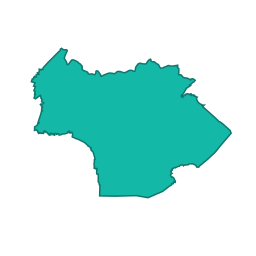 outline of Yurécuaro, Michoacán, Mexico, rotated 9°
{"feature_id": "50627088B45879442922010", "entity_name": "Yurécuaro", "entity_type": "district", "adm_level": 2, "iso_a3": "MEX", "parent_name": "Mexico", "parent_adm1": "Michoacán", "projection": "robinson", "projection_center": [-102.23, 20.294], "detail": "fine", "context": "isolated", "style": "filled", "palette": "teal", "viewbox_px": 256, "rotation_deg": 9, "n_neighbors": 0, "source": "geoboundaries", "source_scale": "gbopen_adm2", "svg_char_len": 5598}
<svg xmlns="http://www.w3.org/2000/svg" viewBox="0 0 256 256"><g transform="rotate(9 128 128)"><path d="M50.0,59.7L49.8,60.0L48.9,60.5L48.9,61.3L48.9,61.9L47.8,63.3L38.8,75.7L34.7,81.9L34.8,83.4L33.1,83.6L33.1,84.3L31.1,83.8L31.6,86.5L29.9,87.7L31.5,88.8L29.0,89.6L29.1,92.0L27.6,91.7L27.7,92.5L26.9,92.8L26.8,94.4L25.8,94.6L25.3,97.4L29.1,97.9L28.2,101.4L30.0,101.6L29.7,103.3L29.6,104.0L29.2,105.9L30.6,106.2L30.3,108.0L30.7,108.2L30.8,108.4L30.5,109.7L31.1,109.7L30.8,111.9L30.7,111.9L30.5,113.1L32.1,113.7L36.1,109.6L36.5,109.5L37.5,112.4L37.8,112.4L38.0,112.9L38.7,113.2L38.5,115.5L40.9,116.5L39.5,118.3L38.6,117.7L37.8,118.4L38.8,119.3L38.8,119.7L40.4,120.6L40.3,121.5L39.8,121.4L39.7,121.6L39.8,123.4L39.9,123.7L39.9,124.4L40.0,125.0L40.5,124.9L39.9,125.7L39.6,128.5L38.3,136.4L39.3,136.6L39.3,136.9L39.2,137.3L38.3,137.1L37.8,139.7L35.6,141.5L36.0,145.0L38.2,144.0L38.6,144.8L39.3,145.7L39.7,146.0L39.8,146.5L40.0,146.5L40.5,146.3L40.7,146.6L40.6,147.2L40.7,147.3L40.8,147.2L41.0,146.6L41.5,146.9L41.9,147.0L42.5,146.6L43.2,146.9L43.7,146.7L43.8,146.3L44.2,146.3L44.8,146.7L45.3,146.7L45.5,146.5L45.4,146.3L45.6,145.4L45.3,144.8L46.1,143.8L46.5,143.8L46.6,144.5L46.9,144.8L47.4,144.6L47.8,144.7L48.0,145.2L48.5,145.0L48.9,145.4L49.5,145.7L49.9,146.3L50.5,146.4L50.8,146.9L51.0,146.7L51.5,146.6L51.7,147.2L52.0,147.3L52.2,147.1L51.9,146.0L52.1,145.7L52.5,146.0L53.1,145.1L53.7,145.3L54.1,146.3L54.4,145.8L55.0,145.9L55.3,145.4L55.6,145.4L55.9,145.8L56.1,146.6L56.6,146.6L56.8,146.4L56.7,146.2L56.4,146.2L56.4,145.9L56.7,144.9L57.1,144.8L58.1,145.1L58.4,145.5L58.6,145.4L58.6,144.8L59.3,144.5L59.7,144.6L60.1,145.4L60.1,145.0L60.7,144.8L61.0,145.6L61.2,145.4L61.7,145.6L63.1,145.0L64.3,144.1L64.9,143.8L65.6,144.0L68.7,142.7L69.4,141.1L70.0,140.3L70.3,140.2L70.8,140.4L70.5,141.8L71.9,142.0L73.2,140.9L74.0,142.4L74.4,143.0L74.2,145.2L74.3,145.4L74.5,145.6L76.3,146.0L78.4,146.7L79.9,146.8L81.0,147.1L87.0,149.0L91.3,151.6L91.2,151.9L94.5,153.3L94.2,154.0L94.2,154.3L94.4,154.5L95.0,154.7L95.1,155.0L94.9,155.3L95.0,155.6L95.3,155.9L95.8,156.0L96.4,156.8L97.3,157.1L100.4,163.9L99.8,164.2L99.7,164.6L100.2,167.3L99.9,168.2L100.3,169.2L100.4,170.5L100.6,170.8L101.0,171.2L100.7,172.6L100.8,173.0L102.4,173.4L102.7,172.9L102.9,173.0L103.2,172.9L103.7,173.1L104.0,173.5L103.7,174.3L103.8,175.4L104.0,177.0L104.3,178.2L104.6,178.4L105.8,178.3L106.3,181.0L107.0,185.7L107.3,186.2L107.7,186.3L108.7,188.8L109.2,188.7L110.6,199.5L126.2,197.3L146.7,193.5L158.7,193.7L172.2,185.1L177.1,179.9L178.8,178.2L180.0,177.3L179.9,176.2L180.7,176.2L181.4,175.9L181.5,174.2L182.0,174.5L183.1,174.4L183.1,173.0L182.1,171.9L181.2,170.5L180.9,170.4L180.6,170.0L179.7,169.4L179.0,169.7L178.7,169.7L178.0,168.7L177.2,167.8L177.3,167.6L177.3,167.2L178.6,166.0L178.1,165.8L177.4,164.5L177.4,164.3L176.9,163.9L178.4,162.5L177.8,161.7L178.7,160.9L179.0,160.9L179.3,160.4L179.7,160.0L180.5,160.1L180.8,160.0L183.0,158.4L184.7,157.7L185.0,157.3L185.2,156.6L185.7,156.4L186.2,156.4L187.0,156.0L187.8,156.0L188.2,156.1L188.6,156.6L188.9,156.0L190.7,155.6L191.8,155.1L192.8,155.0L193.3,154.9L194.0,154.0L194.4,153.8L194.9,153.6L196.4,153.5L197.6,153.2L197.7,153.3L199.9,153.9L201.0,154.5L201.9,155.7L202.2,155.9L204.0,155.6L204.6,154.3L211.5,146.5L214.7,142.3L217.2,139.3L219.0,136.5L222.2,130.8L230.7,117.0L229.3,114.5L220.8,109.0L218.1,107.6L217.1,107.5L216.5,107.1L212.2,104.1L198.4,95.2L199.6,93.5L197.8,93.9L197.2,93.8L197.2,93.3L196.5,93.3L195.9,93.1L193.8,92.0L192.8,91.2L191.8,89.7L191.1,88.2L190.9,87.5L191.5,86.7L189.6,86.3L188.9,85.6L188.7,86.2L187.5,86.1L187.8,86.0L187.8,85.3L187.0,85.0L185.7,86.0L184.9,84.3L184.4,84.5L184.0,84.7L183.8,85.5L183.0,85.2L181.5,84.8L180.7,85.3L180.1,85.3L179.8,86.0L179.3,86.0L179.4,86.4L178.6,87.0L178.1,87.4L177.1,89.2L176.3,88.6L176.1,88.7L175.9,89.3L175.6,87.4L176.1,86.6L176.6,87.0L179.6,79.6L179.0,80.1L179.4,79.5L180.7,78.6L183.8,75.6L181.5,76.5L184.0,74.2L184.4,73.3L184.7,73.0L185.1,72.8L185.7,72.3L186.4,71.4L186.9,70.5L186.7,70.2L184.4,69.2L182.6,69.7L182.4,70.8L180.9,70.3L180.4,70.0L179.0,69.5L176.2,69.6L174.8,69.4L174.0,68.9L172.6,67.5L172.3,67.3L169.7,67.3L169.4,66.6L169.6,66.0L169.5,65.3L169.2,64.0L169.3,63.5L169.0,62.0L168.9,61.5L168.5,61.1L167.2,60.3L167.1,59.4L167.1,59.1L167.3,58.8L167.5,58.8L167.5,58.6L167.3,58.2L162.7,59.8L161.4,60.0L160.0,60.2L158.9,59.9L158.1,60.0L157.2,60.4L156.3,61.2L155.5,61.6L153.7,62.6L152.7,63.4L151.4,63.7L150.8,63.7L150.0,63.1L148.4,60.9L147.2,60.3L145.2,59.5L144.0,58.6L143.5,58.5L142.1,58.8L141.1,58.7L140.7,58.5L140.4,58.4L140.1,57.8L139.8,56.7L139.5,56.5L139.3,56.6L138.7,57.0L137.9,57.7L137.4,58.4L136.8,59.6L136.1,61.3L135.7,61.8L134.7,62.1L133.0,62.3L129.6,62.1L127.9,63.2L126.3,66.3L126.1,67.3L126.1,70.0L126.0,70.5L125.7,71.0L125.1,71.1L122.9,70.5L121.3,70.6L120.0,71.1L117.0,73.4L115.7,74.0L114.0,73.9L111.8,73.5L110.6,73.5L109.6,73.6L108.6,74.0L107.9,74.6L107.3,75.5L106.6,76.2L106.3,76.5L103.7,76.4L102.0,76.5L100.5,76.8L99.6,77.3L97.1,78.7L95.1,80.0L94.3,80.8L93.5,81.1L93.1,81.0L92.9,80.9L93.0,80.3L92.7,79.9L90.5,77.5L89.5,76.6L88.6,76.4L87.9,76.5L87.7,76.6L87.5,77.0L87.6,78.7L87.5,79.3L87.4,79.7L86.7,80.5L85.3,80.4L83.8,80.2L81.6,80.8L80.6,80.9L80.2,80.7L79.9,80.4L79.8,79.6L79.1,79.1L77.1,78.6L75.3,78.2L74.8,78.1L73.6,77.2L73.3,76.8L73.4,75.8L73.1,74.3L72.8,73.9L70.6,72.1L69.8,71.9L68.5,70.9L67.8,70.6L65.8,69.8L63.7,69.3L62.3,69.4L61.7,69.7L61.5,70.0L59.5,73.9L59.1,74.4L58.5,74.8L58.2,74.9L58.0,74.7L57.6,74.1L57.3,73.2L56.9,72.4L54.6,69.7L54.3,69.3L54.2,68.9L54.4,66.6L55.8,61.7L55.9,61.0L55.5,60.6L54.8,60.3L53.1,60.8L51.5,60.6L50.0,59.7Z" fill="#14b8a6" stroke="#0f766e" stroke-width="1.5"/></g></svg>